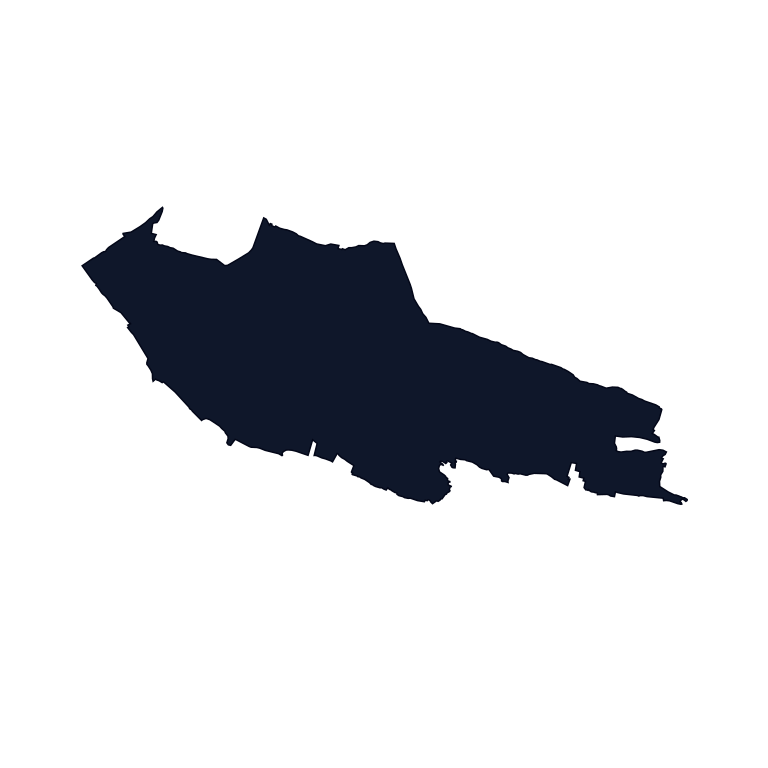 the district of Poienesti, Vaslui, Romania, rotated 305°
{"feature_id": "2599482B16648644353731", "entity_name": "Poienesti", "entity_type": "district", "adm_level": 2, "iso_a3": "ROU", "parent_name": "Romania", "parent_adm1": "Vaslui", "projection": "orthographic", "projection_center": [27.554, 46.58], "detail": "fine", "context": "isolated", "style": "filled", "palette": "ink", "viewbox_px": 768, "rotation_deg": 305, "n_neighbors": 0, "source": "geoboundaries", "source_scale": "gbopen_adm2", "svg_char_len": 6148}
<svg xmlns="http://www.w3.org/2000/svg" viewBox="0 0 768 768"><g transform="rotate(305 384 384)"><path d="M456.5,696.8L457.3,695.5L457.2,694.0L460.3,693.9L460.7,694.2L461.2,696.3L461.0,698.6L462.4,699.1L463.3,698.6L463.2,695.4L462.3,694.3L461.9,691.6L461.4,691.0L461.5,690.2L460.6,687.0L459.6,685.5L458.6,678.8L458.2,668.7L462.3,665.5L466.2,664.3L468.2,662.8L472.4,662.5L476.5,659.8L476.8,659.8L477.3,661.7L480.3,660.9L480.6,660.6L480.4,659.7L478.6,658.4L478.3,656.2L482.9,655.6L482.4,653.9L482.8,653.6L485.3,653.7L487.5,654.7L490.3,654.3L489.8,650.5L488.0,647.0L478.3,637.8L477.4,636.4L477.0,634.0L475.1,629.4L473.8,627.6L470.5,625.0L468.0,621.3L464.2,617.2L462.9,614.5L462.6,612.3L464.2,611.8L465.7,610.4L467.6,606.8L474.1,603.3L477.5,609.9L482.9,617.0L486.9,624.2L489.7,631.3L491.7,639.1L492.8,641.5L494.4,643.2L495.9,642.3L498.1,639.6L497.6,638.8L497.7,634.7L497.4,632.1L501.0,632.2L501.1,630.5L503.4,630.0L512.6,629.6L521.6,626.5L522.5,626.1L522.7,625.5L522.3,623.1L523.1,622.6L522.8,618.7L519.5,607.1L519.2,604.1L518.2,600.9L517.5,593.8L515.9,588.6L516.5,587.4L516.3,585.8L516.5,582.7L516.4,580.9L515.9,580.1L515.5,577.6L512.5,572.9L508.0,568.4L506.6,562.7L506.1,561.6L505.8,559.4L504.3,555.5L501.9,551.6L501.7,549.4L498.7,542.9L499.2,538.9L498.9,536.3L500.0,533.7L499.9,527.7L499.4,523.3L498.9,521.9L498.9,519.6L496.2,510.0L495.2,508.7L493.0,500.6L492.2,498.9L491.5,495.4L490.9,494.3L490.2,490.7L488.6,487.6L487.9,481.0L488.2,477.8L487.5,474.8L485.6,470.4L485.5,468.1L484.7,464.7L484.8,462.0L483.5,457.5L483.6,454.1L483.1,452.6L482.0,451.1L480.4,447.0L479.8,443.0L477.1,435.4L476.0,427.5L475.5,426.6L474.8,422.9L473.9,420.5L473.5,417.3L473.0,416.2L473.0,414.7L470.4,409.9L465.3,395.2L459.5,385.9L462.6,380.2L463.8,375.4L466.2,371.3L467.4,367.6L471.0,359.7L478.0,351.7L480.5,348.4L492.2,330.5L496.2,325.0L501.6,316.3L505.0,311.7L500.0,304.0L498.6,302.8L497.5,300.0L497.2,297.5L495.2,293.8L492.0,291.4L488.4,290.4L486.0,288.7L482.9,283.9L480.1,282.3L477.2,279.4L475.5,277.0L471.7,275.2L470.9,272.3L470.0,272.3L468.5,268.6L471.6,267.6L468.1,260.1L463.7,256.7L460.1,248.5L459.5,243.9L457.0,230.8L456.3,228.9L456.7,226.0L456.2,222.0L454.6,216.1L453.4,213.7L451.8,209.2L451.3,204.7L450.1,204.5L449.8,203.9L449.3,201.2L450.6,200.5L450.2,198.9L448.3,198.9L451.4,193.1L451.1,190.2L420.4,198.5L417.7,198.5L413.8,197.9L402.8,193.1L391.5,187.8L389.6,185.6L390.0,175.4L387.0,170.9L385.5,167.9L379.5,152.8L377.8,147.8L377.6,146.3L375.5,142.7L375.4,141.3L374.5,138.7L374.3,133.4L373.0,130.6L372.6,128.0L371.1,124.7L370.8,122.8L369.3,120.9L368.6,118.6L370.1,116.8L370.2,116.3L370.1,115.4L368.7,113.6L372.0,112.3L375.7,111.7L373.9,107.0L382.4,102.7L383.5,102.8L386.1,105.4L389.0,105.5L398.0,103.4L401.2,102.0L401.6,101.2L394.9,99.3L388.6,98.7L385.0,97.3L379.5,96.2L373.0,93.9L363.4,89.7L357.7,83.9L357.2,84.1L356.1,87.1L337.8,80.1L334.8,79.7L332.9,79.9L331.4,78.4L329.5,77.4L321.3,74.6L320.5,73.8L307.7,68.9L302.0,85.1L301.1,88.7L301.4,90.8L299.5,91.3L299.5,92.8L298.5,95.9L296.7,100.3L296.3,102.3L296.2,104.9L295.5,107.8L291.8,117.7L290.9,118.8L291.6,127.6L288.0,140.4L288.3,141.5L288.0,141.9L285.3,140.4L284.6,142.2L283.2,141.6L281.4,147.4L280.8,150.5L269.5,176.1L265.4,177.5L264.1,178.5L263.7,180.1L261.7,185.0L259.6,188.4L255.5,191.4L253.8,193.3L257.1,194.1L257.0,195.5L257.7,197.9L257.9,201.5L259.3,202.1L257.6,217.5L253.2,237.5L252.3,239.0L252.4,241.2L251.8,242.7L249.5,255.5L250.7,255.8L253.4,257.7L254.0,258.7L254.9,261.9L255.2,273.6L254.5,276.5L254.0,280.9L253.1,281.9L251.8,286.1L249.8,287.7L245.7,289.0L244.9,291.4L245.8,293.6L253.2,293.8L253.6,295.0L255.5,309.4L256.0,311.4L259.1,316.3L260.2,319.1L261.5,324.7L266.5,337.7L266.8,341.5L267.4,341.7L269.0,340.2L271.0,340.4L273.7,341.7L275.1,343.4L276.9,346.5L278.5,350.5L282.0,362.7L297.4,357.5L297.0,363.3L285.4,367.8L286.1,368.7L286.8,370.4L287.8,375.4L289.1,379.0L290.5,384.4L290.7,386.5L300.2,385.5L300.4,386.5L299.8,388.1L299.4,391.5L299.8,395.1L299.6,398.2L299.9,406.1L293.2,407.8L292.9,408.5L293.2,409.4L291.7,409.8L291.7,410.2L293.2,414.5L293.1,416.0L293.9,416.8L293.9,419.0L294.8,422.9L294.9,428.7L294.4,431.1L295.0,432.3L294.8,433.4L295.2,435.9L296.7,440.3L297.7,441.5L297.8,444.0L298.4,446.6L301.2,446.6L300.8,448.9L301.2,450.0L301.1,451.8L301.4,455.3L301.9,456.3L301.9,457.4L301.1,457.9L301.1,460.2L302.6,464.2L302.7,466.0L304.2,469.4L305.6,471.1L307.7,478.3L310.7,484.6L312.4,484.4L313.3,486.4L314.2,486.4L314.8,486.9L314.9,488.9L314.3,489.6L313.8,492.4L318.6,494.1L318.9,495.6L320.9,496.5L322.3,496.4L323.2,497.4L328.7,497.5L329.6,498.3L330.9,498.1L333.6,499.4L334.6,499.1L334.9,498.2L335.3,497.9L337.3,497.4L338.3,497.5L338.9,498.4L338.2,494.4L339.7,493.3L341.0,493.5L341.4,494.2L341.7,494.1L341.9,493.8L341.4,492.5L341.5,491.3L343.1,490.3L343.1,488.6L343.2,487.7L343.7,487.5L344.0,485.4L343.9,480.1L344.1,479.6L346.1,477.2L348.8,476.2L350.6,476.5L351.3,478.2L351.3,479.7L352.0,478.0L352.1,474.8L352.7,474.4L353.4,474.7L354.2,476.5L354.3,480.2L355.7,480.5L355.8,479.7L356.3,479.4L357.5,480.2L358.1,484.9L355.9,485.0L354.8,487.4L355.0,488.7L356.1,490.3L359.3,488.5L360.5,487.0L361.2,487.2L361.4,487.9L361.8,487.7L362.2,487.6L362.0,486.8L362.3,486.5L364.0,485.3L364.5,485.4L366.1,489.9L368.6,494.2L368.5,495.4L370.7,501.1L371.2,506.6L370.7,509.9L371.0,512.5L372.6,517.2L374.2,518.9L371.4,526.7L373.6,531.7L373.8,534.4L372.0,536.0L372.1,537.0L373.5,539.0L374.5,542.1L375.6,541.1L379.0,540.1L380.6,536.7L381.7,536.5L382.5,537.0L384.3,539.8L385.0,542.1L386.1,543.0L387.1,545.5L388.6,547.1L390.6,552.4L391.8,554.0L392.9,554.4L397.0,558.3L403.1,567.6L403.9,569.2L404.1,574.1L403.8,578.4L404.4,580.1L406.1,592.7L412.7,590.9L411.8,589.5L413.6,589.1L413.3,586.9L427.0,582.5L429.4,587.3L423.1,590.3L424.6,594.8L419.8,597.2L421.5,601.7L419.0,602.6L419.8,604.9L413.9,607.3L413.0,610.1L413.7,611.0L413.9,612.1L414.7,612.0L414.5,614.8L414.7,615.9L415.9,618.2L416.1,619.4L417.2,620.8L415.8,622.3L421.5,630.0L422.1,631.6L422.2,633.8L423.9,637.4L428.5,635.4L428.8,635.8L428.8,636.9L431.3,643.2L438.0,655.4L438.4,657.1L439.1,657.3L441.2,660.2L442.6,664.0L450.6,678.2L448.8,680.0L450.5,682.0L452.1,684.9L454.5,693.3L455.8,696.3L456.5,696.8Z" fill="#0f172a" stroke="#020617" stroke-width="1.5"/></g></svg>